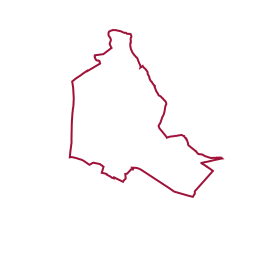 Ziltlaltépec de Trinidad Sánchez Santos, Tlaxcala, Mexico (Robinson projection), rotated 59°
{"feature_id": "50627088B10378773175156", "entity_name": "Ziltlaltépec de Trinidad Sánchez Santos", "entity_type": "district", "adm_level": 2, "iso_a3": "MEX", "parent_name": "Mexico", "parent_adm1": "Tlaxcala", "projection": "robinson", "projection_center": [-97.922, 19.209], "detail": "fine", "context": "isolated", "style": "outline", "palette": "rose", "viewbox_px": 256, "rotation_deg": 59, "n_neighbors": 0, "source": "geoboundaries", "source_scale": "gbopen_adm2", "svg_char_len": 5248}
<svg xmlns="http://www.w3.org/2000/svg" viewBox="0 0 256 256"><g transform="rotate(59 128 128)"><path d="M202.6,63.0L201.9,63.2L201.7,63.3L201.3,63.5L201.2,63.7L201.2,64.0L200.7,64.5L200.2,65.3L199.5,66.7L199.3,67.0L199.1,67.1L199.1,67.3L199.2,67.5L197.7,70.0L197.1,71.0L196.8,71.8L196.6,72.1L196.3,72.5L196.1,72.6L195.6,73.2L195.4,73.3L195.2,73.5L194.7,73.8L194.6,74.0L194.3,74.4L194.1,74.5L193.9,74.6L193.6,74.8L193.2,75.2L192.9,75.5L192.5,75.8L191.9,76.4L191.3,76.8L190.9,77.0L190.6,77.1L190.3,77.3L189.8,77.5L189.6,77.7L189.3,77.8L189.0,78.1L188.9,78.1L188.7,78.2L188.7,78.4L188.6,78.5L188.3,78.8L188.0,79.3L187.8,79.5L187.6,79.9L187.5,80.0L187.3,80.1L187.1,80.4L186.9,80.7L186.8,80.9L186.5,81.1L185.8,81.3L185.6,81.3L185.0,81.5L184.8,81.6L184.4,81.6L183.1,81.6L182.9,81.7L182.8,81.8L182.3,82.0L182.1,82.2L181.5,82.3L180.7,82.6L180.1,82.8L179.6,83.0L178.7,83.4L178.3,83.4L178.0,83.6L177.6,83.8L177.4,83.9L176.8,84.1L175.9,84.4L175.5,84.5L175.4,84.5L174.8,84.8L174.5,84.9L174.2,85.0L173.8,85.0L173.6,85.1L173.2,85.0L172.9,84.9L172.7,84.8L172.4,84.6L172.0,84.5L171.6,84.3L171.3,84.2L170.8,84.2L170.2,84.1L169.5,83.8L168.9,83.7L168.7,83.7L168.6,83.8L168.2,83.9L167.9,84.0L167.7,84.0L167.6,83.9L167.4,83.5L167.1,83.5L166.9,83.5L166.7,83.7L166.3,83.8L166.2,83.8L165.7,84.1L165.4,84.2L164.8,84.2L164.5,84.1L164.1,84.0L163.8,84.0L163.7,84.1L163.6,84.3L163.4,84.5L162.1,85.3L161.8,85.5L161.6,85.7L161.4,86.0L160.8,87.5L160.5,88.2L160.1,89.4L159.9,90.0L158.9,92.1L158.6,93.0L158.1,94.1L157.2,96.1L157.0,96.4L156.3,99.6L156.0,99.5L155.5,99.6L149.5,100.4L146.6,100.9L144.4,101.2L143.6,101.0L142.1,100.8L141.5,100.1L140.6,98.2L140.0,97.3L137.8,94.7L137.6,94.4L136.3,93.0L135.6,91.6L134.4,90.0L133.1,88.6L128.5,84.7L127.2,82.8L125.7,82.2L124.8,82.2L124.4,82.2L124.0,82.2L122.7,82.6L122.0,82.9L121.7,82.9L121.2,82.8L120.7,82.9L119.8,83.3L118.8,83.5L118.3,83.5L117.1,84.1L115.9,84.8L115.6,84.9L113.5,84.7L112.7,84.7L111.8,84.8L111.1,84.8L110.8,84.8L110.1,84.7L107.8,84.2L106.4,84.0L106.4,83.8L106.2,83.6L105.9,83.3L105.7,83.4L105.4,83.4L105.2,83.6L103.2,83.8L102.5,83.9L101.7,83.9L100.9,83.9L100.5,83.9L100.4,83.9L100.2,84.0L99.6,84.3L98.7,84.3L98.3,84.2L96.8,84.1L96.5,84.0L95.7,83.7L95.2,83.5L94.8,83.4L93.7,83.3L92.4,83.4L92.0,83.3L91.4,83.1L90.6,82.6L90.2,82.5L89.7,82.4L89.3,82.4L87.4,82.6L87.1,82.6L86.7,82.6L84.7,83.2L83.8,83.5L83.3,83.6L82.9,83.6L82.4,83.5L82.6,86.2L82.4,86.0L82.2,85.8L81.1,85.4L80.8,85.3L80.0,85.1L78.5,85.1L78.2,85.0L77.4,84.9L73.1,84.1L72.0,84.2L71.3,84.6L70.8,84.6L69.9,84.7L69.5,84.8L69.1,85.0L68.4,85.1L67.9,85.1L65.1,85.3L64.5,85.2L63.6,85.0L63.0,85.0L61.7,84.8L60.2,84.2L59.6,84.1L59.2,83.9L58.5,83.6L57.6,83.0L57.2,82.7L56.5,82.4L56.4,81.7L55.9,81.4L55.4,81.2L55.1,80.9L54.8,80.7L54.4,80.5L53.9,80.4L52.7,79.7L52.0,78.9L51.7,78.2L51.1,77.9L50.6,77.7L50.0,77.6L49.7,77.5L49.3,77.5L48.9,77.4L48.5,77.7L48.4,77.9L48.0,78.3L47.8,78.5L47.7,78.8L47.6,79.1L47.5,79.3L47.3,79.6L46.9,80.0L46.7,80.2L46.6,80.4L46.4,80.5L46.2,80.5L45.4,80.7L45.2,80.9L45.0,81.2L44.9,81.5L44.8,81.8L43.8,82.7L43.3,83.1L42.9,83.3L42.6,83.5L42.4,83.6L41.6,84.2L40.7,85.0L40.4,85.4L40.0,85.7L39.8,85.9L39.3,86.7L38.9,87.0L38.2,87.6L38.1,87.8L37.7,88.2L36.9,89.6L36.6,90.0L36.2,90.4L36.2,90.8L36.1,91.2L36.1,91.5L35.9,91.9L35.8,92.3L35.7,93.5L35.6,94.5L35.9,95.0L36.3,95.5L36.7,95.9L37.8,96.6L38.7,96.9L39.2,97.0L39.7,97.0L40.2,96.9L41.0,96.8L41.8,96.8L42.4,96.9L43.4,97.2L43.8,97.4L44.4,97.9L44.7,98.4L45.5,99.4L45.9,99.9L46.2,100.2L46.5,100.4L49.7,100.9L50.9,100.9L52.0,111.1L48.6,119.0L48.8,119.2L49.1,119.5L49.4,119.7L50.0,119.7L50.4,119.8L50.5,120.1L51.2,120.2L51.9,120.2L52.4,120.4L52.9,120.4L53.8,120.0L54.4,119.6L54.6,119.3L54.6,119.0L54.7,118.8L55.0,118.6L55.3,118.4L55.5,118.2L55.8,118.0L56.1,118.0L56.5,118.1L56.8,118.3L57.4,118.6L58.0,118.6L58.4,118.7L58.3,133.6L57.9,133.5L58.1,137.9L58.5,141.7L58.6,144.5L58.8,148.0L58.9,148.4L59.1,150.0L59.4,151.9L65.1,154.2L74.8,159.3L77.0,160.8L78.7,161.9L80.1,162.9L81.2,163.6L84.0,166.0L85.5,167.0L86.4,167.8L89.9,170.2L91.1,171.1L95.4,174.0L98.3,175.8L103.2,178.9L108.5,182.2L111.4,183.9L118.6,189.6L123.2,193.0L123.8,191.4L125.0,190.0L126.4,188.6L127.4,187.6L129.1,186.2L131.0,184.4L132.9,183.1L139.7,180.0L139.8,175.7L144.4,170.7L148.6,168.9L152.9,173.6L153.9,172.5L155.6,170.7L156.4,170.0L156.9,170.3L158.9,169.1L160.1,168.4L161.3,167.8L161.7,167.6L162.2,167.5L162.8,167.0L163.3,166.3L163.7,166.1L163.4,165.9L163.1,165.7L163.0,165.4L165.8,163.7L171.5,160.0L170.6,158.2L170.4,157.3L170.3,156.2L168.7,155.3L166.0,154.0L166.7,152.3L165.7,148.9L165.6,148.4L165.4,147.9L165.2,147.2L165.0,146.8L165.0,146.3L165.1,146.0L165.4,145.9L165.8,145.7L166.1,145.1L165.7,144.6L165.3,144.5L164.8,144.6L164.3,144.7L165.0,143.6L166.2,141.8L167.2,140.7L168.6,139.5L170.5,138.3L175.2,136.0L189.7,129.0L194.9,126.5L200.0,124.0L204.9,121.8L206.4,121.1L216.3,111.9L220.4,107.9L219.5,106.2L218.8,104.6L216.7,103.4L212.3,89.3L208.6,77.5L208.5,77.3L203.9,79.3L202.9,79.8L202.6,80.0L201.9,80.1L201.8,80.4L201.7,80.5L201.4,80.4L200.6,80.9L200.0,81.2L199.7,81.3L199.4,81.3L198.3,82.0L198.0,82.1L197.5,82.5L197.2,82.5L196.9,82.7L196.6,82.9L196.3,83.0L196.0,83.2L195.8,83.1L195.9,82.8L196.7,80.2L197.0,79.3L197.8,77.3L198.6,74.8L199.0,73.5L199.5,71.8L202.5,63.2L202.6,63.0Z" fill="none" stroke="#9f1239" stroke-width="2"/></g></svg>